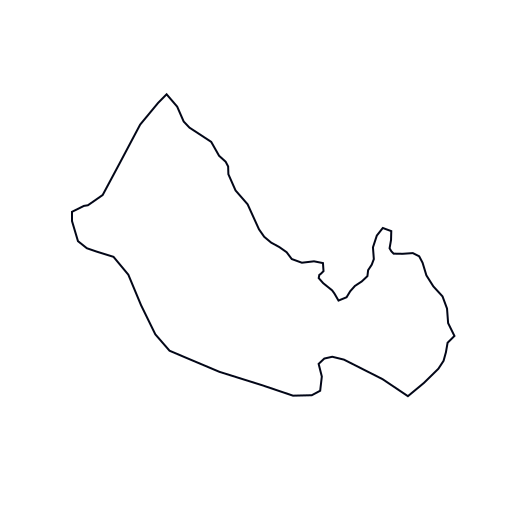 Karaman, orthographic projection, rotated 251°
{"feature_id": "TUR-3012", "entity_name": "Karaman", "entity_type": "Province", "adm_level": 1, "iso_a3": "TUR", "parent_name": "Turkey", "parent_adm1": "", "projection": "orthographic", "projection_center": [33.206, 37.039], "detail": "fine", "context": "isolated", "style": "outline", "palette": "ink", "viewbox_px": 512, "rotation_deg": 251, "n_neighbors": 0, "source": "natural_earth", "source_scale": "10m", "svg_char_len": 1236}
<svg xmlns="http://www.w3.org/2000/svg" viewBox="0 0 512 512"><g transform="rotate(251 256 256)"><path d="M328.0,92.5L348.9,93.4L357.7,96.4L359.4,109.6L358.7,113.6L363.6,130.9L387.9,157.1L405.3,175.7L418.0,189.3L432.7,213.4L438.0,224.1L422.9,230.1L406.7,231.4L399.0,234.9L378.5,250.8L362.8,253.7L355.0,258.0L349.7,258.8L342.3,256.5L324.6,258.0L307.6,264.9L280.3,267.5L271.5,270.0L263.7,274.7L256.8,281.0L249.6,286.2L241.5,288.8L234.7,297.2L232.1,309.1L227.5,317.0L219.7,314.9L218.1,311.6L217.5,309.7L214.7,308.1L208.4,310.7L198.7,316.8L195.1,317.9L187.0,319.5L187.5,328.2L192.0,333.6L195.5,339.8L197.5,347.7L200.7,354.8L206.1,357.4L210.1,362.6L214.7,366.4L226.1,369.4L236.0,376.9L241.2,385.0L235.5,392.0L227.2,388.9L219.8,384.8L216.4,385.5L213.4,386.9L210.3,395.5L207.7,405.2L202.6,410.2L195.4,411.3L182.2,410.8L169.5,413.8L157.1,419.2L144.1,419.5L130.0,415.8L115.8,417.6L111.6,408.9L103.1,404.2L95.8,399.2L90.0,391.7L81.3,373.4L74.0,354.0L98.3,335.6L129.4,305.4L135.9,295.3L136.8,287.2L133.6,280.1L120.6,279.0L107.7,272.8L106.2,263.4L111.9,245.5L132.2,219.2L158.3,183.8L183.5,155.7L194.6,143.4L214.7,135.3L246.9,131.3L279.9,129.2L301.6,121.0L312.0,106.8L318.4,98.6L328.0,92.5Z" fill="none" stroke="#020617" stroke-width="2"/></g></svg>